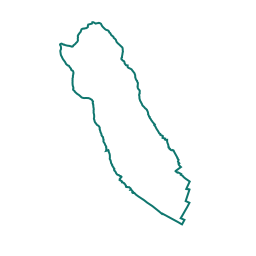 outline of Siculeni, Harghita, Romania, rotated 63°
{"feature_id": "2599482B95661688593457", "entity_name": "Siculeni", "entity_type": "district", "adm_level": 2, "iso_a3": "ROU", "parent_name": "Romania", "parent_adm1": "Harghita", "projection": "mercator", "projection_center": [25.693, 46.43], "detail": "fine", "context": "isolated", "style": "outline", "palette": "teal", "viewbox_px": 256, "rotation_deg": 63, "n_neighbors": 0, "source": "geoboundaries", "source_scale": "gbopen_adm2", "svg_char_len": 5763}
<svg xmlns="http://www.w3.org/2000/svg" viewBox="0 0 256 256"><g transform="rotate(63 128 128)"><path d="M237.3,124.4L238.4,123.6L235.5,119.4L232.3,122.0L230.5,119.1L226.7,113.3L225.7,111.7L222.9,107.7L222.5,107.2L219.3,109.8L210.7,101.1L210.0,101.7L209.8,102.1L209.5,103.0L208.8,103.8L203.7,97.3L199.1,99.8L197.0,100.7L195.2,101.1L193.7,102.2L193.1,101.5L190.2,103.6L190.2,104.3L188.9,104.8L188.6,105.1L188.2,105.3L187.9,105.1L186.8,98.6L185.8,99.0L183.9,99.4L182.9,99.3L182.7,98.3L180.7,98.8L179.3,97.4L178.8,97.6L178.1,97.7L177.5,97.4L177.0,97.7L176.1,97.5L170.2,97.7L168.7,97.6L167.9,98.2L168.0,98.8L167.0,99.8L165.5,100.4L165.4,100.1L164.2,100.5L163.5,100.3L163.4,100.6L161.3,99.8L159.1,99.6L157.8,99.3L156.3,98.5L156.0,99.3L155.7,99.8L155.1,100.3L154.3,99.7L153.0,101.1L152.5,101.7L151.6,101.1L151.1,100.6L149.9,101.3L148.8,102.3L147.9,101.9L147.1,102.5L146.8,102.6L145.4,102.6L143.8,102.7L142.5,102.9L140.3,103.0L139.1,102.9L137.3,103.3L137.0,102.5L135.8,102.9L135.2,103.0L133.7,103.4L132.9,103.4L132.0,103.7L130.2,103.7L129.4,104.0L128.8,104.0L128.2,103.9L128.1,103.7L127.6,104.0L127.1,104.0L126.3,103.8L124.9,103.9L124.7,103.8L124.2,103.4L123.3,103.2L122.3,103.0L120.6,103.0L120.3,102.9L119.6,103.2L119.1,103.3L118.2,103.8L116.7,104.1L114.4,104.9L113.2,104.7L112.0,104.7L111.6,104.8L110.7,104.7L109.3,104.8L107.5,104.5L106.4,104.2L105.9,103.9L105.3,103.6L104.4,103.3L103.7,103.2L102.8,102.5L102.7,102.0L102.0,101.6L101.7,101.6L100.6,100.9L100.4,100.7L99.8,100.6L97.8,101.1L96.7,101.1L95.4,100.7L95.1,100.2L94.5,100.1L93.7,99.5L92.3,98.7L90.8,98.8L90.1,98.5L89.3,98.8L87.6,98.8L86.8,98.6L85.9,98.5L85.3,98.1L84.8,97.9L84.1,97.6L83.5,97.6L82.5,97.4L81.7,97.4L81.0,97.6L79.6,97.8L79.0,98.0L77.4,98.2L76.3,98.9L74.6,100.3L73.7,100.6L73.4,100.6L72.1,99.9L71.7,100.5L71.1,101.3L69.9,101.5L69.0,101.7L67.6,101.2L66.5,101.3L66.0,101.8L65.2,102.2L64.6,102.2L64.0,102.6L63.5,102.6L62.7,102.1L62.4,101.3L61.7,101.0L59.5,99.3L58.7,98.8L57.6,97.8L57.1,97.7L55.5,97.0L54.8,96.7L54.0,96.5L53.5,96.5L52.4,97.0L51.6,97.2L51.0,97.5L50.2,97.7L47.7,98.7L46.0,99.1L43.9,98.8L42.7,99.1L41.9,99.5L41.2,99.8L40.1,99.6L39.3,99.9L38.8,100.2L37.9,100.6L37.1,100.8L35.9,100.7L35.0,100.9L34.4,101.3L33.2,101.1L31.7,101.7L31.0,102.6L30.4,103.1L29.4,103.6L26.7,104.5L25.4,104.8L22.8,104.8L21.5,105.7L21.0,106.4L21.0,107.0L20.7,107.6L20.3,109.4L18.1,110.8L17.6,111.7L18.0,112.0L18.2,112.4L18.6,112.8L17.8,116.5L18.7,117.4L19.4,117.7L19.8,117.9L20.0,118.8L20.1,119.6L20.0,120.3L19.7,120.8L19.5,122.2L19.1,122.6L18.9,123.6L18.9,123.9L19.0,124.7L20.1,125.8L20.4,126.3L20.7,126.4L21.0,126.9L21.2,127.4L21.4,128.0L21.5,128.3L21.7,128.7L22.0,129.0L22.2,129.8L22.6,130.1L23.1,130.9L23.5,131.1L24.6,131.4L25.2,132.0L27.3,132.9L27.9,133.7L28.2,134.1L28.4,134.8L28.6,135.6L29.1,136.6L29.5,138.3L29.5,138.9L29.8,139.3L29.9,139.6L30.1,139.8L30.3,140.3L30.2,140.6L29.8,141.4L29.4,141.6L28.9,142.3L28.3,142.8L28.2,143.1L27.8,143.5L27.7,143.8L27.2,144.5L26.7,145.1L26.3,145.6L25.8,146.1L25.5,146.5L25.0,146.8L24.8,146.9L24.5,147.6L24.1,147.7L23.9,148.0L22.7,148.8L22.6,149.1L22.5,149.6L22.5,150.2L22.6,150.5L23.0,150.8L24.3,150.7L25.8,151.1L27.2,151.8L28.4,153.2L29.0,153.5L30.8,154.1L32.3,154.6L33.2,154.7L34.6,154.6L35.0,154.7L37.2,154.7L40.6,154.1L42.9,154.1L44.2,153.6L45.0,153.2L45.5,152.6L45.8,152.4L46.1,152.4L47.4,152.3L49.0,151.9L49.4,151.9L49.7,152.1L49.9,152.1L50.5,152.0L50.9,152.1L51.7,151.4L52.0,151.2L52.8,151.2L53.2,151.3L54.3,151.6L54.7,152.1L55.2,152.3L55.7,152.7L56.3,153.3L57.7,154.0L58.9,155.1L60.0,155.5L60.5,155.9L61.7,156.4L62.6,157.0L63.0,157.1L63.8,157.5L65.2,158.0L66.6,158.2L67.3,158.4L67.7,158.5L68.0,158.8L68.4,159.3L68.7,159.4L69.3,159.5L70.4,159.0L71.2,158.8L71.5,158.9L72.9,158.4L74.0,158.0L74.9,157.6L75.8,157.0L76.4,156.7L77.6,156.2L78.2,156.0L78.6,155.8L79.1,155.7L79.9,155.3L80.5,154.7L81.3,153.7L82.4,151.4L83.5,149.5L83.9,149.2L84.4,148.7L85.6,148.0L86.1,147.6L86.5,147.4L87.7,147.4L88.3,147.1L88.7,147.2L89.2,147.8L89.9,148.2L90.5,148.1L91.2,148.4L91.4,148.4L91.5,148.6L92.3,148.7L93.7,149.4L94.1,149.4L96.0,150.1L96.5,150.6L97.5,151.0L98.5,151.6L99.5,151.9L100.5,152.1L102.0,152.7L103.4,153.5L104.1,154.1L104.8,154.3L105.4,154.3L106.0,154.4L106.3,154.6L107.1,154.7L108.1,154.8L109.1,154.5L109.7,154.5L110.2,154.3L111.0,154.3L112.6,153.3L113.6,153.1L114.7,153.0L115.6,153.4L116.0,153.8L116.8,153.8L117.3,154.0L118.3,154.1L119.3,154.4L121.0,154.4L121.8,154.6L122.5,154.9L124.0,154.7L124.8,154.4L127.2,155.2L127.6,155.1L128.4,155.8L128.9,156.0L129.8,156.0L131.1,155.8L132.9,156.0L133.7,155.9L134.9,155.9L135.3,156.1L135.6,156.5L136.3,156.5L136.6,156.6L136.8,156.7L137.2,157.1L138.2,157.6L138.4,157.9L138.7,156.8L138.7,155.6L139.1,155.5L140.6,156.0L141.4,156.1L142.3,156.1L142.9,156.2L144.1,156.6L146.2,157.6L147.2,158.3L148.4,158.3L148.8,158.2L151.1,158.8L151.7,159.0L153.6,158.8L153.9,159.1L155.8,159.0L156.5,158.8L157.7,158.9L158.3,158.7L158.9,159.4L159.7,159.5L160.8,159.1L161.8,159.0L162.9,159.1L164.5,158.8L164.8,158.6L165.2,158.3L165.5,157.9L165.7,157.6L166.3,157.4L167.3,156.9L167.4,156.5L167.7,156.2L168.6,156.0L169.6,158.4L169.8,158.7L170.5,158.6L170.7,158.9L170.9,158.7L171.5,158.6L171.9,158.1L172.3,157.8L173.0,157.6L173.5,157.7L173.7,157.9L174.0,157.4L175.0,156.9L175.4,156.5L175.7,156.6L176.0,156.4L177.1,156.1L178.0,156.2L178.4,156.0L178.9,156.2L179.4,156.5L179.7,156.4L179.9,156.2L180.3,155.3L180.7,155.0L180.8,154.7L181.1,154.3L181.2,153.9L183.1,153.1L183.8,153.2L183.9,153.5L184.1,153.8L184.2,153.5L184.3,153.1L184.5,153.0L185.1,153.1L185.6,152.9L185.8,153.0L186.2,152.8L186.6,152.7L186.8,152.5L187.2,152.4L187.4,152.6L187.4,152.9L187.6,153.4L188.2,153.1L188.8,151.8L190.9,151.2L193.7,149.8L199.7,146.4L203.2,144.8L208.7,141.7L216.9,138.0L220.0,136.7L219.8,136.3L234.9,125.9L237.3,124.4Z" fill="none" stroke="#0f766e" stroke-width="2"/></g></svg>